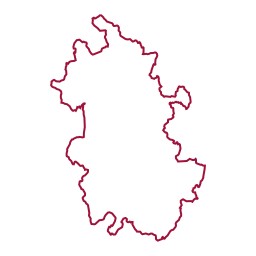 Anhui, Equal Earth projection
{"feature_id": "CHN-1179", "entity_name": "Anhui", "entity_type": "Province", "adm_level": 1, "iso_a3": "CHN", "parent_name": "China", "parent_adm1": "", "projection": "equal_earth", "projection_center": [117.353, 32.025], "detail": "fine", "context": "isolated", "style": "outline", "palette": "rose", "viewbox_px": 256, "rotation_deg": 0, "n_neighbors": 0, "source": "natural_earth", "source_scale": "10m", "svg_char_len": 5762}
<svg xmlns="http://www.w3.org/2000/svg" viewBox="0 0 256 256"><path d="M204.9,165.6L204.6,169.2L203.3,176.6L203.3,177.6L202.0,180.4L200.7,181.4L200.4,183.5L199.3,186.6L198.8,187.1L198.2,187.0L197.4,185.2L196.8,185.0L196.3,185.2L195.7,185.7L194.9,187.7L193.4,188.3L193.2,189.9L192.5,190.6L192.6,191.5L193.3,192.3L195.2,192.4L195.5,194.1L196.3,195.6L196.3,196.9L197.6,198.3L197.4,198.8L195.1,198.7L193.8,199.7L192.4,201.8L191.3,201.1L186.3,201.2L183.1,199.3L182.5,199.5L180.8,200.7L180.7,202.1L181.7,205.1L179.9,207.9L180.8,208.4L180.4,210.1L181.2,214.5L181.1,215.9L179.7,217.6L179.1,219.7L176.1,222.5L175.7,223.7L176.0,225.4L175.7,226.6L173.3,229.7L171.9,230.0L170.3,231.1L167.5,235.6L165.9,236.9L164.8,238.5L164.3,238.7L163.3,237.3L162.6,237.0L162.1,237.6L162.3,238.9L157.8,240.6L156.3,239.5L156.0,238.9L155.9,236.3L155.5,235.3L153.7,234.7L152.1,233.6L150.7,233.6L148.8,234.5L145.8,233.5L142.5,234.2L141.7,233.7L140.2,231.7L137.0,231.6L136.0,230.1L135.1,229.3L132.7,225.0L132.4,224.4L132.6,222.0L131.9,221.9L130.8,222.5L129.8,221.6L128.5,222.2L127.4,222.0L126.6,221.0L126.9,219.1L125.6,218.0L125.3,218.0L123.4,218.7L121.4,221.9L121.5,222.3L122.3,222.7L122.8,224.1L122.1,227.2L118.1,229.6L115.3,234.4L113.6,234.6L112.0,233.5L111.7,233.6L111.3,234.5L110.6,234.6L109.3,232.6L108.0,231.4L107.8,230.5L108.9,227.1L109.2,226.8L110.3,227.2L111.2,225.4L111.7,225.4L112.3,225.8L112.7,225.4L114.9,221.3L115.6,218.6L115.4,217.4L112.1,213.4L109.6,212.3L107.9,212.6L105.5,215.2L104.6,216.8L103.9,218.9L103.4,219.4L101.9,220.0L99.4,220.2L95.3,224.0L94.4,224.3L91.5,224.0L90.7,221.8L90.5,220.2L90.7,218.6L89.0,215.7L89.3,212.8L88.0,205.2L87.4,204.4L86.1,203.4L85.4,201.8L83.7,200.9L82.7,198.4L82.7,197.8L83.2,197.0L85.0,195.4L85.1,193.9L84.8,192.8L82.9,189.6L81.2,188.8L80.9,187.5L80.0,186.4L79.2,184.6L79.7,181.6L80.3,181.1L81.5,181.3L82.2,180.9L82.5,180.0L82.1,178.6L82.3,177.4L83.4,176.1L85.0,175.4L87.4,172.9L88.0,171.8L88.0,170.0L86.5,169.5L84.9,169.8L84.6,168.6L83.7,167.4L82.9,165.7L82.3,165.5L81.1,165.9L80.2,165.8L77.5,163.0L75.8,161.7L75.2,161.6L74.7,161.9L73.8,164.3L72.9,164.2L72.3,163.4L71.3,161.0L69.3,159.2L68.7,157.2L66.8,156.2L66.6,155.5L66.6,153.3L67.2,151.0L67.2,148.9L69.8,144.2L70.4,141.8L71.9,139.5L72.8,139.5L73.5,138.8L76.9,137.2L78.4,137.3L79.3,136.9L82.7,137.4L83.8,137.0L83.9,133.0L84.8,127.1L84.4,117.4L83.7,114.8L83.6,111.2L82.7,109.5L83.2,106.7L82.7,106.0L83.0,105.2L84.7,103.7L84.6,103.4L83.5,103.6L82.2,104.8L81.0,106.5L80.4,107.9L79.3,106.7L78.9,107.5L77.3,107.0L77.1,108.1L75.8,110.8L75.3,110.4L74.6,110.2L73.1,110.8L72.5,110.5L71.1,109.0L69.8,106.4L67.2,104.3L64.5,103.7L63.4,103.0L61.4,102.7L61.7,99.9L61.0,98.3L60.8,97.4L60.9,94.9L61.4,93.9L61.1,91.4L59.3,89.8L56.5,88.9L55.5,88.0L52.7,87.0L51.8,86.3L51.1,85.1L51.6,83.2L51.5,81.6L53.4,80.1L54.2,79.9L56.2,81.3L59.7,81.6L61.2,80.6L63.5,79.9L64.1,79.3L64.9,76.2L66.3,74.5L66.4,73.9L66.1,70.4L65.4,69.5L65.8,68.2L65.8,66.9L66.5,65.6L66.3,63.8L66.5,63.1L66.9,63.0L67.6,63.8L68.1,63.8L69.5,61.8L71.3,61.2L74.3,60.9L75.7,60.2L74.6,55.2L73.8,53.1L74.3,52.3L75.1,52.8L75.4,52.5L75.6,49.1L75.3,48.6L73.7,48.5L73.4,46.8L74.3,43.4L76.7,40.2L79.5,39.7L82.4,42.2L83.7,41.7L84.5,42.2L86.3,42.5L86.8,43.5L86.3,45.7L86.5,46.4L88.8,48.9L89.6,51.2L91.4,53.7L92.5,54.5L93.3,54.5L101.0,51.4L101.4,50.9L101.8,49.1L102.1,48.6L104.3,47.5L105.2,47.4L106.2,46.3L107.8,46.6L108.1,44.5L107.9,43.8L106.8,42.2L105.8,39.2L104.9,37.4L105.1,36.2L106.0,34.7L105.7,32.5L105.9,30.7L105.3,30.3L100.0,30.8L97.7,28.2L94.1,25.4L92.5,23.2L92.9,19.8L92.5,18.5L93.9,17.7L94.9,18.5L95.4,18.4L98.7,16.4L99.7,15.4L101.3,15.4L103.4,17.4L103.9,18.5L105.9,20.2L106.8,21.5L112.2,23.3L112.7,23.8L113.3,25.5L113.7,25.9L114.7,26.0L117.1,25.5L118.0,26.0L118.9,27.6L118.6,30.6L120.2,32.4L120.1,34.8L120.7,35.9L125.3,38.9L126.9,39.4L130.2,39.2L132.6,41.5L133.7,41.4L135.0,40.5L135.9,40.4L137.1,41.4L138.0,43.0L139.1,42.9L139.4,42.2L139.9,42.5L140.4,43.3L140.8,45.1L141.4,46.1L141.7,47.5L142.1,47.7L143.3,47.4L143.6,47.8L143.5,52.6L142.9,54.1L143.7,54.2L146.2,53.8L147.5,54.2L149.3,53.8L150.5,53.1L153.6,52.9L155.0,52.4L155.9,52.6L156.9,53.7L157.3,55.6L156.7,57.2L155.6,59.1L155.2,62.5L155.4,64.5L154.8,64.8L153.7,64.3L153.4,64.8L151.5,70.3L151.2,72.4L149.8,74.0L149.5,75.1L151.0,76.4L151.6,78.0L154.3,78.8L154.8,78.3L156.7,77.5L157.1,76.1L157.7,76.2L158.4,76.9L158.8,78.2L158.7,80.7L159.7,84.6L161.4,86.6L159.6,88.1L159.4,89.0L159.8,90.8L161.0,92.1L161.1,93.9L161.4,94.7L163.5,95.9L163.6,96.5L164.1,96.8L165.7,96.3L170.4,96.9L171.5,96.1L175.0,96.7L175.8,95.6L175.5,94.6L175.9,91.9L177.5,91.0L177.8,88.6L178.5,87.8L178.8,86.7L179.4,86.4L180.9,87.0L182.4,86.6L183.7,86.8L184.2,87.6L184.3,89.1L185.1,89.6L187.3,92.2L188.9,92.7L189.0,95.0L190.1,97.1L190.6,101.3L190.5,102.6L189.3,103.7L188.8,104.9L188.6,106.6L186.7,108.9L186.2,109.0L186.0,107.8L184.8,106.2L183.4,106.0L182.1,104.1L181.0,103.9L181.0,102.8L180.7,102.5L178.9,102.9L178.0,102.1L177.0,102.4L176.0,101.8L173.5,102.9L172.5,102.6L171.6,103.2L170.5,102.6L169.8,102.9L169.6,103.4L169.7,104.3L170.8,105.3L171.1,107.2L171.5,107.6L173.0,107.9L173.3,108.4L173.4,111.3L173.9,113.5L173.2,114.5L172.8,115.7L173.4,116.4L173.3,117.4L171.2,119.0L168.2,119.6L168.0,120.2L168.0,122.2L164.7,124.8L164.2,126.5L164.9,128.0L163.9,128.8L163.7,129.7L163.2,130.2L164.0,131.3L165.5,132.6L166.4,132.6L166.8,132.8L167.4,134.2L167.2,136.6L167.5,137.4L169.9,139.4L172.5,140.0L173.9,140.7L174.1,141.0L173.3,142.4L173.7,143.2L175.7,143.7L176.5,142.4L177.1,142.2L177.5,142.5L178.0,144.3L179.2,144.0L179.9,144.5L180.5,148.7L178.8,154.1L178.0,155.1L176.1,156.0L175.8,156.9L176.0,158.1L176.5,159.2L177.4,160.1L178.0,161.5L186.8,161.0L189.7,158.9L192.7,160.0L194.5,159.9L195.6,158.9L196.0,159.7L196.0,162.4L196.4,163.2L200.5,164.8L201.5,164.6L203.1,165.6L204.9,165.6Z" fill="none" stroke="#9f1239" stroke-width="2"/></svg>